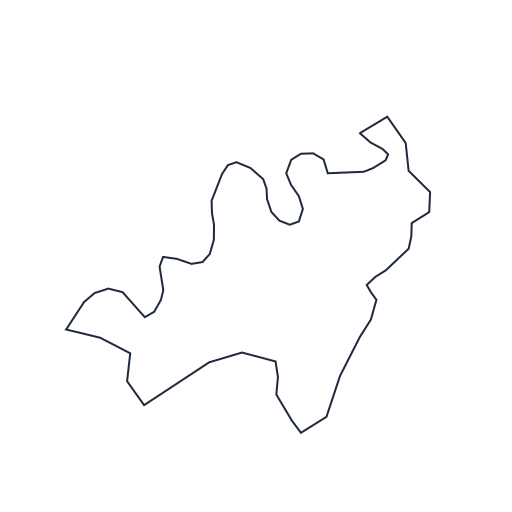 an SVG outline of Soroca, rotated 297°
{"feature_id": "MDA-1653", "entity_name": "Soroca", "entity_type": "District", "adm_level": 1, "iso_a3": "MDA", "parent_name": "Moldova", "parent_adm1": "", "projection": "equal_earth", "projection_center": [28.265, 48.155], "detail": "fine", "context": "isolated", "style": "outline", "palette": "slate", "viewbox_px": 512, "rotation_deg": 297, "n_neighbors": 0, "source": "natural_earth", "source_scale": "10m", "svg_char_len": 1088}
<svg xmlns="http://www.w3.org/2000/svg" viewBox="0 0 512 512"><g transform="rotate(297 256 256)"><path d="M104.3,120.2L137.0,123.7L149.7,129.0L159.9,139.2L163.2,153.5L151.0,184.7L160.1,190.6L173.9,191.2L183.5,188.9L202.8,174.9L213.0,173.6L217.5,186.7L219.7,202.1L226.3,211.1L236.8,213.9L251.3,211.1L264.6,204.5L274.4,197.2L285.0,191.4L313.6,188.5L324.2,189.7L330.7,196.0L331.9,211.1L327.7,227.6L320.8,234.8L311.9,239.9L302.2,249.7L298.1,260.8L299.2,271.9L306.2,278.5L319.2,276.4L328.8,267.0L335.3,254.9L343.4,245.4L357.7,243.7L367.5,249.6L373.4,260.3L372.7,272.4L362.3,282.4L380.0,313.8L387.5,320.4L400.0,328.0L406.5,327.6L408.8,320.2L409.1,306.6L412.5,293.0L413.1,293.1L439.7,309.7L424.6,338.1L401.2,353.3L392.0,382.1L373.8,390.4L356.0,379.8L343.9,385.5L331.8,388.7L302.3,378.2L291.4,371.7L280.4,367.8L275.8,375.0L271.6,383.2L251.6,387.2L230.9,385.3L187.4,385.3L144.7,391.8L118.9,376.3L125.5,362.9L141.8,337.0L158.1,330.5L170.9,321.3L163.6,287.3L140.1,262.6L72.3,224.0L85.9,198.0L112.2,188.1L112.4,154.2L104.5,120.9L104.3,120.2Z" fill="none" stroke="#1e293b" stroke-width="2"/></g></svg>